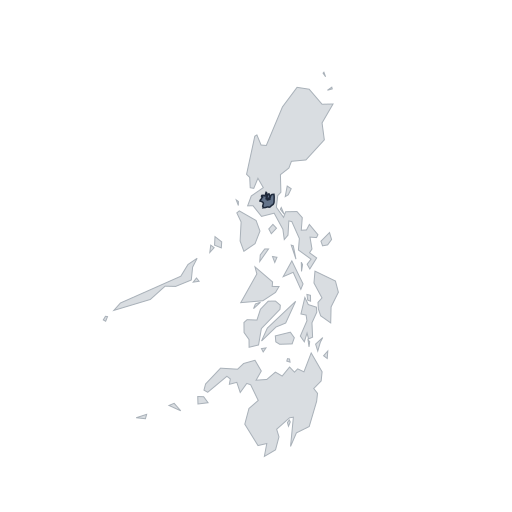 Philippines, with Laguna highlighted, rotated 23°
{"feature_id": "PHL-2566", "entity_name": "Laguna", "entity_type": "Province", "adm_level": 1, "iso_a3": "PHL", "parent_name": "Philippines", "parent_adm1": "", "projection": "robinson", "projection_center": [121.266, 14.267], "detail": "fine", "context": "in_parent", "style": "filled", "palette": "slate", "viewbox_px": 512, "rotation_deg": 23, "n_neighbors": 0, "source": "natural_earth", "source_scale": "10m", "svg_char_len": 4911}
<svg xmlns="http://www.w3.org/2000/svg" viewBox="0 0 512 512"><g transform="rotate(23 256 256)"><path d="M239.8,81.7L257.5,90.5L267.5,86.0L264.8,107.7L273.5,122.4L264.4,148.1L251.6,155.0L251.9,162.2L246.7,171.6L254.0,187.6L252.4,191.9L255.7,203.2L266.3,209.7L266.0,203.7L276.3,199.1L283.6,202.6L287.6,214.6L292.3,212.3L292.8,206.1L304.7,212.2L304.5,215.4L298.3,217.5L304.8,227.7L304.0,232.1L312.6,234.1L310.6,246.9L306.3,243.6L307.9,237.4L292.7,233.9L289.1,223.0L275.5,210.3L272.5,210.9L277.3,224.3L275.6,229.8L270.3,220.9L256.0,209.5L245.6,217.4L233.6,210.9L228.7,213.1L228.2,202.6L236.0,190.2L227.4,183.7L227.5,194.6L224.0,195.4L219.5,186.1L215.4,184.5L208.1,146.2L209.5,144.2L217.3,151.9L222.3,150.2L222.1,108.4L227.9,84.7L239.8,81.7ZM344.7,323.7L362.1,336.8L364.8,345.6L360.9,355.4L366.3,358.4L368.6,366.1L371.6,392.2L362.3,403.0L362.2,417.8L353.4,389.8L350.1,391.8L342.7,407.4L347.8,413.5L349.7,426.8L342.0,437.2L339.2,424.4L331.9,429.7L311.4,415.2L309.1,399.1L314.5,388.1L301.4,376.6L297.3,376.9L294.8,387.8L287.7,379.8L281.6,384.5L280.4,379.2L276.2,378.1L264.8,400.3L260.5,399.8L259.6,393.5L267.2,373.1L283.3,367.4L286.6,359.8L295.8,352.4L305.8,359.8L304.6,370.3L314.2,365.4L319.2,355.3L327.0,356.3L330.3,345.1L336.8,347.9L338.5,343.6L345.4,343.9L344.7,323.7ZM293.1,336.9L285.3,342.7L282.2,335.6L274.9,331.1L270.9,321.9L272.7,318.1L281.9,314.6L280.9,303.3L284.9,292.8L291.5,289.9L297.6,291.8L298.9,295.7L289.3,320.7L293.1,336.9ZM338.9,248.0L346.0,257.2L345.0,273.5L350.9,288.4L338.9,285.8L334.1,280.4L331.2,274.5L333.1,268.8L319.9,258.2L316.2,246.9L338.9,248.0ZM259.3,266.4L281.4,273.4L282.8,277.7L289.1,275.1L288.2,281.9L279.8,294.5L260.2,304.9L263.8,272.2L259.3,266.4ZM175.7,337.3L146.4,361.6L149.6,352.2L194.7,304.0L196.7,290.4L202.7,281.1L202.0,291.0L205.8,303.4L193.9,315.4L184.1,319.3L175.7,337.3ZM223.0,221.0L242.2,223.3L249.9,231.5L250.3,245.0L243.0,256.4L235.5,248.4L229.0,230.5L221.5,223.8L223.0,221.0ZM323.1,280.3L331.6,279.5L333.9,283.9L333.6,295.6L339.8,308.6L336.8,311.8L333.1,307.0L334.0,316.1L328.1,312.4L328.2,295.7L325.2,290.8L320.0,291.8L317.2,275.1L323.1,280.3ZM294.3,332.1L294.6,317.9L310.2,282.2L309.5,306.1L302.2,313.5L294.3,332.1ZM323.6,322.8L312.3,328.0L307.8,327.3L305.0,322.0L317.4,312.7L323.2,316.3L323.6,322.8ZM290.9,246.5L310.2,263.3L310.3,269.2L296.6,256.5L289.1,264.4L290.9,246.5ZM317.6,217.8L313.3,220.6L310.0,217.0L314.5,205.7L319.1,211.3L317.6,217.8ZM269.2,409.8L260.4,414.9L257.3,408.1L262.8,406.0L269.2,409.8ZM210.7,254.2L218.9,256.4L220.9,262.1L213.6,262.2L210.7,254.2ZM259.2,220.3L264.0,222.4L261.4,229.5L257.2,226.1L259.2,220.3ZM238.2,423.6L247.2,427.9L234.3,427.6L238.2,423.6ZM350.0,319.4L345.3,313.8L349.3,305.0L348.9,310.3L350.0,319.4ZM264.8,244.6L261.6,259.5L259.5,253.4L261.3,246.1L264.8,244.6ZM217.2,444.5L217.8,449.0L208.9,451.7L217.2,444.5ZM262.1,180.3L261.8,187.0L259.7,189.9L257.4,179.4L262.1,180.3ZM278.2,296.8L274.3,305.4L274.2,300.4L278.2,296.8ZM214.2,264.7L212.1,270.8L210.1,263.7L214.2,264.7ZM323.9,276.3L320.9,276.4L317.9,271.5L321.5,270.9L323.9,276.3ZM275.8,249.0L275.8,254.6L271.4,250.0L275.8,249.0ZM361.6,322.5L357.2,321.4L359.2,315.4L361.6,322.5ZM286.3,232.0L294.0,243.3L284.2,232.2L286.3,232.0ZM213.5,301.5L208.4,304.6L209.8,299.5L213.5,301.5ZM301.1,336.7L300.1,341.5L297.2,339.1L301.1,336.7ZM302.2,245.7L303.9,252.4L300.1,244.0L302.2,245.7ZM143.1,374.8L140.4,374.5L141.0,370.3L143.0,369.8L143.1,374.8ZM328.8,340.4L325.4,340.7L325.1,338.2L327.1,337.7L328.8,340.4ZM352.4,400.0L350.0,397.0L350.7,393.9L352.4,395.4L352.4,400.0ZM218.5,212.7L220.0,216.4L215.9,212.1L218.5,212.7ZM338.9,313.9L340.3,318.9L336.6,312.8L338.9,313.9ZM260.9,72.4L257.0,75.5L259.8,71.0L260.9,72.4ZM265.5,206.5L260.2,203.5L260.3,201.5L265.5,206.5ZM246.7,60.3L250.0,63.8L246.3,61.5L246.7,60.3Z" fill="#d9dde1" stroke="#a8b0b8" stroke-width="1"/><path d="M248.5,192.4L249.2,193.6L249.8,194.9L251.5,199.2L251.7,200.1L251.7,201.0L251.6,201.8L251.3,202.4L250.9,202.9L250.5,203.5L250.1,204.7L249.8,205.3L249.4,205.7L248.9,206.0L247.8,206.1L247.3,206.4L245.6,207.8L243.7,208.8L243.7,208.2L243.4,208.0L243.0,207.9L242.7,207.6L242.3,204.7L241.7,204.0L240.5,203.7L239.1,203.7L238.2,203.9L238.0,203.1L238.7,201.2L238.5,200.7L238.7,200.1L239.0,199.6L239.1,199.2L238.8,198.8L238.5,198.8L238.2,198.9L238.0,199.0L237.7,198.8L237.7,198.6L237.7,198.0L238.0,197.9L238.3,197.6L238.6,197.4L238.7,197.5L238.8,197.4L239.0,197.3L240.8,197.2L240.6,195.4L240.4,193.4L240.5,193.4L241.0,193.6L241.5,194.1L242.3,196.3L242.5,197.3L242.8,199.1L243.2,199.5L243.4,199.1L243.5,198.6L243.6,198.2L243.4,197.9L243.0,197.0L243.0,196.0L243.0,195.0L243.3,194.1L243.6,193.7L244.0,193.9L244.2,194.4L244.4,194.6L244.6,194.7L244.9,194.8L245.1,195.1L245.3,195.4L245.4,195.7L245.4,196.4L245.4,197.1L245.0,198.4L244.7,199.1L244.8,199.8L245.7,199.1L246.6,198.4L246.2,197.7L246.3,196.9L246.0,195.0L246.1,194.1L246.6,193.2L247.6,192.6L248.4,192.2L248.5,192.4Z" fill="#64748b" stroke="#1e293b" stroke-width="1.5"/></g></svg>